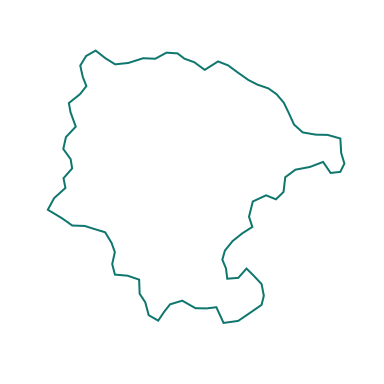 São José do Mantimento, Minas Gerais, Brazil (Albers equal-area conic projection), rotated 14°
{"feature_id": "56859067B49597829255127", "entity_name": "São José do Mantimento", "entity_type": "district", "adm_level": 2, "iso_a3": "BRA", "parent_name": "Brazil", "parent_adm1": "Minas Gerais", "projection": "albers", "projection_center": [-41.765, -20.025], "detail": "fine", "context": "isolated", "style": "outline", "palette": "teal", "viewbox_px": 384, "rotation_deg": 14, "n_neighbors": 0, "source": "geoboundaries", "source_scale": "gbopen_adm2", "svg_char_len": 1224}
<svg xmlns="http://www.w3.org/2000/svg" viewBox="0 0 384 384"><g transform="rotate(14 192 192)"><path d="M323.0,104.2L309.7,103.8L298.3,106.4L285.0,107.4L274.7,101.9L266.6,91.7L259.5,83.2L250.5,76.7L241.1,73.0L229.6,72.0L219.7,69.7L207.3,64.9L196.4,60.4L185.7,59.0L174.8,70.4L162.8,65.5L152.5,64.5L144.4,61.0L133.5,63.0L124.1,71.6L112.3,74.0L99.0,82.2L86.6,86.7L75.7,83.2L64.3,78.1L56.4,85.6L53.0,96.4L58.2,106.8L63.9,114.8L59.7,124.1L51.0,135.5L54.9,144.1L63.4,156.7L56.4,169.2L56.7,181.4L66.3,189.5L70.0,198.1L64.0,209.7L68.2,218.7L59.7,231.3L56.4,244.1L72.4,249.0L83.9,253.5L96.1,250.9L105.7,251.5L117.5,252.1L126.3,260.9L131.7,269.0L132.0,281.2L137.2,290.8L149.6,288.8L161.9,289.8L165.8,303.4L173.4,310.4L179.8,322.0L190.3,325.0L194.0,314.9L197.9,306.3L208.8,299.8L223.5,303.9L234.4,301.4L243.5,297.9L254.3,311.4L268.0,305.9L278.0,294.7L286.8,284.7L286.8,275.3L281.8,264.5L271.7,258.0L263.4,253.1L257.7,264.1L247.2,267.6L243.5,258.0L237.8,250.3L238.1,240.9L243.3,229.7L251.0,219.7L259.0,211.3L253.3,202.2L253.3,186.5L264.7,177.3L275.2,178.8L280.8,169.8L278.9,155.1L287.0,145.3L300.3,139.2L311.9,131.1L321.9,140.0L331.0,136.6L333.0,127.6L327.3,118.0L323.0,104.2Z" fill="none" stroke="#0f766e" stroke-width="2"/></g></svg>